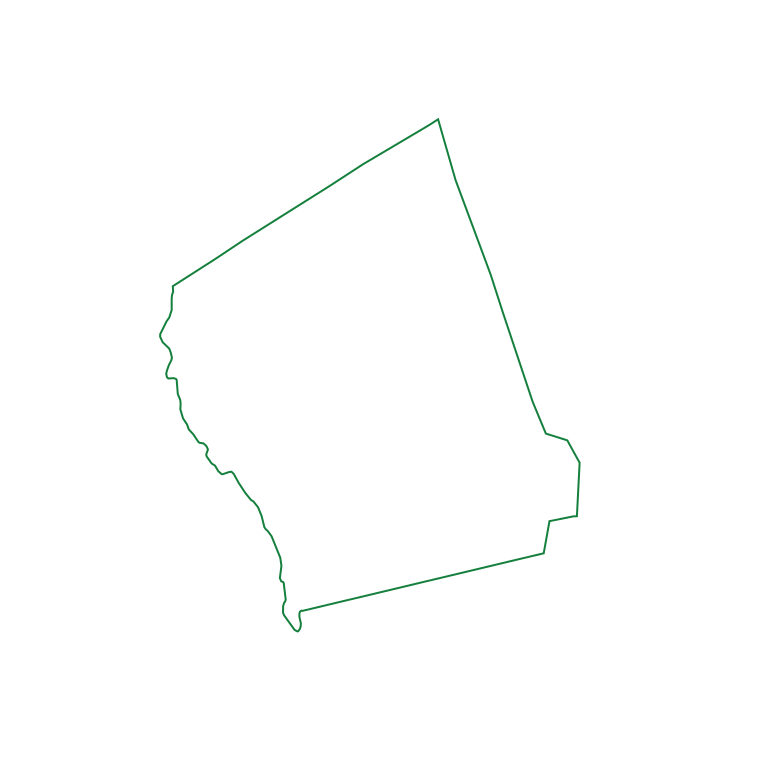 Sussex, New Jersey, United States of America, rotated 298°
{"feature_id": "52423323B31235652397007", "entity_name": "Sussex", "entity_type": "district", "adm_level": 2, "iso_a3": "USA", "parent_name": "United States of America", "parent_adm1": "New Jersey", "projection": "robinson", "projection_center": [-74.813, 41.128], "detail": "fine", "context": "isolated", "style": "outline", "palette": "green", "viewbox_px": 768, "rotation_deg": 298, "n_neighbors": 0, "source": "geoboundaries", "source_scale": "gbopen_adm2", "svg_char_len": 1378}
<svg xmlns="http://www.w3.org/2000/svg" viewBox="0 0 768 768"><g transform="rotate(298 384 384)"><path d="M309.5,604.5L340.6,594.5L356.0,613.3L357.8,616.4L406.3,593.7L420.3,572.3L416.2,550.2L438.1,523.6L503.5,454.8L530.5,427.0L597.6,351.5L643.1,307.5L633.5,302.1L568.2,262.3L533.3,243.0L443.9,191.8L415.5,176.5L371.2,151.6L366.5,154.5L363.3,155.0L360.0,156.3L349.7,161.8L341.8,163.2L337.5,162.6L322.9,163.0L320.6,164.2L317.0,168.9L314.4,177.8L311.7,180.9L307.7,184.4L304.9,185.1L299.4,185.2L293.2,186.2L290.6,187.0L288.2,189.1L287.6,191.0L290.4,195.5L290.8,198.0L290.3,199.0L278.4,206.6L274.1,211.7L271.1,213.7L266.0,216.1L259.2,222.8L255.9,229.0L252.3,232.9L252.0,233.7L250.0,239.3L245.7,247.3L245.5,248.8L246.8,252.4L246.1,255.5L245.2,257.2L243.5,259.3L238.8,260.0L237.7,260.5L236.7,261.6L232.9,269.1L232.6,273.1L229.2,278.7L228.2,283.1L228.7,284.0L233.6,288.6L234.9,290.5L234.6,291.9L234.0,293.6L228.3,302.4L222.7,312.7L219.2,320.9L219.0,323.9L216.0,330.7L209.9,338.0L201.4,345.6L200.2,347.9L199.6,350.4L196.8,356.2L181.9,374.0L175.3,378.8L163.7,383.2L161.5,386.0L161.8,387.9L161.3,388.8L147.7,398.3L146.1,398.8L143.6,398.6L140.6,399.2L134.8,402.1L132.9,404.3L124.9,420.5L124.9,423.7L125.5,424.3L127.8,424.7L130.7,424.3L133.6,423.0L138.6,418.7L141.3,417.2L143.5,416.7L145.1,417.5L145.4,418.5L292.1,584.7L309.5,604.5Z" fill="none" stroke="#15803d" stroke-width="2"/></g></svg>